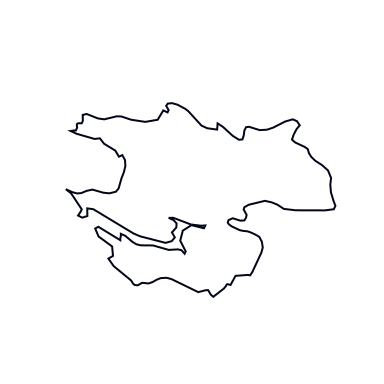 the Unitary Authority (wales) of Pembrokeshire, rotated 25°
{"feature_id": "GBR-2106", "entity_name": "Pembrokeshire", "entity_type": "Unitary Authority (wales)", "adm_level": 1, "iso_a3": "GBR", "parent_name": "United Kingdom", "parent_adm1": "", "projection": "equal_earth", "projection_center": [-4.902, 51.855], "detail": "fine", "context": "isolated", "style": "outline", "palette": "ink", "viewbox_px": 384, "rotation_deg": 25, "n_neighbors": 0, "source": "natural_earth", "source_scale": "10m", "svg_char_len": 2432}
<svg xmlns="http://www.w3.org/2000/svg" viewBox="0 0 384 384"><g transform="rotate(25 192 192)"><path d="M279.9,243.0L277.9,243.4L266.9,249.6L266.2,260.0L263.2,260.5L262.5,261.2L262.5,262.9L261.7,266.0L255.6,278.0L252.5,277.1L248.0,274.1L245.7,275.4L240.0,280.1L210.2,279.6L205.2,280.5L200.0,283.3L197.1,286.4L194.4,290.2L191.4,293.2L185.1,295.4L182.3,299.5L179.3,300.5L177.6,300.1L174.2,297.9L152.4,292.3L144.4,287.7L147.4,283.3L142.6,275.1L126.1,271.8L119.7,266.0L121.8,263.1L147.4,266.0L146.7,264.6L145.9,261.4L145.2,260.0L150.1,259.9L158.8,262.3L163.6,262.9L168.1,262.0L179.3,256.9L195.4,254.3L203.6,249.9L207.0,249.2L211.4,251.1L211.4,248.5L201.9,241.1L200.0,230.9L205.5,222.3L218.2,219.8L218.2,216.7L214.3,218.8L204.7,221.9L185.9,223.3L181.8,225.3L187.3,225.3L191.3,227.0L192.8,230.8L190.9,237.1L195.6,240.4L194.4,245.1L189.5,249.3L163.6,254.1L156.4,254.3L109.9,249.3L104.0,251.1L107.3,258.0L103.4,261.6L98.7,261.5L99.4,256.9L99.4,254.3L83.0,244.3L76.5,242.8L83.6,242.7L88.4,241.9L92.1,239.8L96.0,235.5L100.8,231.9L112.0,230.1L117.7,228.1L122.9,223.9L124.0,219.9L122.3,209.4L121.9,202.8L120.6,196.5L117.8,191.4L113.2,188.0L110.9,190.9L105.0,186.9L91.9,185.4L85.9,182.3L81.2,185.1L62.7,188.0L56.2,188.0L58.4,186.5L60.7,185.4L60.7,182.3L59.6,180.5L59.0,179.1L59.8,177.8L63.0,176.3L63.0,173.7L60.4,168.3L63.6,165.8L75.6,165.1L81.8,163.2L91.8,155.2L96.1,153.4L106.4,152.2L120.0,148.2L130.4,141.0L131.5,130.2L136.2,130.2L136.2,127.6L132.2,124.9L132.7,122.1L136.4,119.9L141.9,119.0L150.9,119.5L154.7,120.4L172.5,127.8L178.8,127.8L188.4,124.8L186.2,119.0L192.5,119.9L205.2,123.9L212.5,124.8L215.5,123.0L215.0,118.9L213.5,114.2L213.6,110.4L216.1,108.8L227.2,107.3L233.7,103.8L238.5,99.2L246.6,88.8L252.7,83.5L257.3,83.5L261.5,86.1L261.1,87.1L261.1,87.4L260.2,90.8L259.9,97.2L260.5,102.3L264.6,103.5L269.4,103.5L275.0,103.5L278.8,104.2L281.7,107.5L285.3,109.8L290.6,111.6L298.5,112.7L306.2,115.0L306.4,115.2L312.1,120.5L314.2,126.8L318.0,133.5L324.0,140.2L327.8,143.9L327.8,147.7L320.2,152.5L293.6,164.8L282.4,168.5L274.8,167.4L268.6,167.7L261.8,169.2L248.8,179.6L245.9,183.7L246.2,186.0L251.2,189.7L251.8,192.3L251.5,195.6L248.0,197.5L240.0,198.6L237.0,202.0L237.3,204.6L239.1,205.7L242.7,206.4L247.1,206.4L251.5,206.4L254.5,205.7L258.9,204.2L262.7,203.8L267.5,203.8L271.9,204.2L276.3,207.5L279.6,212.4L280.5,217.6L280.5,223.9L280.5,231.8L280.5,238.8L280.0,242.5L279.9,243.0Z" fill="none" stroke="#020617" stroke-width="2"/></g></svg>